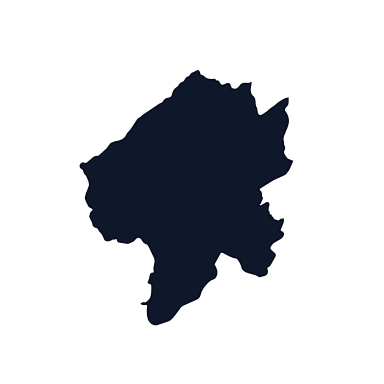 SVG path tracing the border of Hövsgöl, rotated 304°
{"feature_id": "MNG-3321", "entity_name": "Hövsgöl", "entity_type": "Province", "adm_level": 1, "iso_a3": "MNG", "parent_name": "Mongolia", "parent_adm1": "", "projection": "robinson", "projection_center": [99.984, 50.195], "detail": "fine", "context": "isolated", "style": "filled", "palette": "ink", "viewbox_px": 384, "rotation_deg": 304, "n_neighbors": 0, "source": "natural_earth", "source_scale": "10m", "svg_char_len": 5465}
<svg xmlns="http://www.w3.org/2000/svg" viewBox="0 0 384 384"><g transform="rotate(304 192 192)"><path d="M153.9,84.7L155.0,85.4L155.5,87.2L156.3,88.4L157.7,89.1L165.2,91.2L166.7,91.9L167.7,92.8L168.5,93.8L169.4,94.7L170.6,95.2L180.7,97.6L186.1,97.7L187.4,98.2L190.6,100.5L193.4,103.2L196.5,105.4L200.3,106.4L204.3,106.0L209.2,106.7L222.3,106.6L224.9,107.9L227.9,108.6L246.7,116.2L248.8,117.6L250.6,118.0L252.5,118.0L254.2,118.3L255.9,119.6L257.5,121.2L259.0,121.9L260.6,121.9L264.8,120.6L266.7,120.5L268.6,120.8L271.8,121.9L274.1,121.8L275.3,121.9L276.1,122.2L278.5,123.6L279.6,123.9L283.1,123.7L283.9,123.9L285.5,125.0L286.3,125.4L289.7,125.6L290.7,126.0L291.4,126.6L295.5,128.8L295.9,129.8L295.3,130.9L293.4,133.5L293.4,134.0L293.7,134.5L294.0,135.5L294.1,136.5L294.1,137.4L293.8,139.3L294.0,141.3L294.9,143.5L296.1,145.6L297.3,147.1L297.8,147.8L297.8,148.6L297.6,149.4L297.2,150.1L298.3,151.5L297.9,153.0L297.1,154.6L296.7,156.1L297.3,157.8L298.6,158.9L301.4,160.6L302.3,162.2L302.0,163.4L301.0,164.6L300.1,166.0L299.9,167.6L300.4,169.2L301.3,170.7L302.4,171.7L304.4,172.4L308.8,172.9L310.6,174.0L313.9,178.9L315.3,179.8L312.9,181.0L310.2,182.2L308.2,183.6L306.6,185.2L306.2,185.7L305.7,186.9L305.4,187.6L304.9,189.9L304.1,191.6L303.7,192.0L302.2,193.4L301.2,194.1L300.4,194.8L299.3,195.7L298.1,197.1L297.9,197.8L296.0,200.0L294.2,201.5L293.3,202.9L293.0,203.9L292.9,204.8L293.1,205.7L293.4,206.1L293.8,206.7L294.5,207.1L297.0,208.3L300.6,209.7L304.2,210.6L310.0,212.8L313.2,213.6L316.8,215.0L320.4,216.7L321.7,217.7L323.3,219.1L319.7,221.5L318.2,222.1L317.7,222.2L316.7,222.2L314.2,221.9L313.3,221.9L312.5,222.0L311.6,222.4L311.2,222.7L310.8,223.4L309.4,226.7L308.1,228.7L307.6,229.4L305.9,231.1L304.0,232.5L303.1,232.9L301.1,233.7L297.6,234.7L295.7,234.9L293.6,235.5L290.4,236.1L287.7,237.0L286.8,237.6L285.9,238.2L284.3,239.9L282.2,241.2L281.9,242.0L281.4,242.8L280.2,243.9L279.2,244.4L278.5,244.6L276.6,244.9L275.1,246.3L274.5,247.2L273.0,250.7L272.7,251.6L272.6,252.5L272.7,254.0L273.5,257.6L273.6,258.0L264.6,259.6L259.6,259.3L258.1,258.7L247.8,252.4L234.1,246.3L232.8,245.7L231.7,245.9L231.2,246.4L231.0,246.7L230.8,247.0L230.6,247.2L230.6,247.5L230.5,248.6L230.3,249.0L229.8,249.8L229.0,250.6L227.3,251.6L226.6,252.3L226.5,252.7L226.5,253.2L226.3,253.6L221.1,254.7L220.1,254.6L219.3,253.8L218.7,254.3L218.5,255.0L218.4,255.8L218.3,256.1L218.4,256.7L218.8,257.0L219.3,257.3L224.5,259.8L225.4,260.9L225.4,261.1L225.4,261.4L225.1,262.0L224.8,262.3L223.8,263.0L223.5,263.1L223.2,263.2L222.9,263.2L222.4,263.3L221.8,263.6L220.1,264.6L219.4,264.9L218.5,265.3L218.4,265.6L218.4,265.9L218.6,266.1L218.6,266.5L218.3,266.8L217.7,267.4L216.9,268.1L216.2,269.0L216.0,269.5L216.0,269.8L216.7,270.0L216.9,270.2L216.9,270.4L216.7,270.7L215.8,271.3L215.7,271.6L215.7,271.8L215.8,272.1L215.9,272.4L215.8,272.9L215.5,273.5L215.1,274.5L214.9,275.1L214.7,275.8L214.8,276.2L215.3,277.1L215.4,277.7L215.5,278.6L215.7,279.1L216.2,279.9L216.5,280.3L216.7,280.5L217.0,280.6L217.6,280.8L218.4,280.9L218.7,281.1L219.0,281.2L219.4,281.6L220.4,282.8L218.4,284.1L214.5,285.1L210.3,285.8L209.2,286.5L208.7,287.5L209.0,288.7L209.1,289.7L208.5,291.0L207.2,291.6L205.5,291.8L204.2,291.6L203.0,291.2L196.3,287.9L194.6,287.3L190.4,287.1L189.5,287.4L188.5,288.0L188.0,288.8L187.6,290.0L187.0,294.6L186.5,295.8L185.8,296.4L184.9,296.6L175.0,297.4L173.9,297.2L172.9,296.8L172.0,296.4L171.1,296.1L170.6,296.3L170.0,296.8L169.4,297.6L168.6,298.4L167.2,299.3L166.0,299.5L165.0,299.4L163.6,298.7L159.7,295.2L159.4,291.5L156.8,283.4L156.3,281.4L156.2,279.7L156.3,278.5L156.5,277.6L156.8,276.8L160.1,272.5L160.8,271.0L161.6,269.4L162.4,266.8L162.4,266.1L162.0,265.1L160.9,262.2L160.3,258.8L159.5,251.9L159.2,250.6L158.8,249.9L158.0,249.2L144.2,250.4L142.1,254.3L139.7,257.1L137.1,258.5L136.0,258.7L134.3,258.9L133.3,258.7L132.3,258.3L130.4,257.0L128.8,256.2L125.6,255.3L119.5,254.6L115.1,254.9L113.9,255.2L112.4,255.7L109.6,256.4L107.5,256.2L106.5,255.9L93.1,247.6L90.5,246.6L85.9,246.5L77.6,246.0L73.9,245.2L71.7,244.0L62.5,236.9L61.4,235.5L60.8,233.4L60.7,232.5L60.8,231.2L61.2,229.5L61.6,228.5L62.2,227.3L62.8,226.5L65.0,224.3L68.6,221.5L72.5,219.4L73.5,218.5L74.0,217.8L73.7,217.2L72.1,215.2L71.8,214.6L71.5,214.1L71.3,213.5L71.2,213.0L71.2,212.7L71.8,212.9L72.7,213.4L73.1,214.4L74.1,215.8L76.4,216.7L78.9,217.2L80.7,217.2L82.5,216.7L84.6,215.9L88.4,213.7L91.4,211.7L92.8,210.4L93.2,208.6L92.7,207.6L92.4,206.9L92.5,206.5L95.9,205.7L99.9,204.1L100.9,203.9L101.9,204.2L103.3,205.7L104.2,206.1L104.9,205.7L106.2,204.4L107.6,203.3L113.9,200.5L116.4,198.3L123.5,186.1L123.8,185.3L123.9,184.2L123.9,183.3L123.5,181.5L123.7,179.7L125.2,176.4L125.3,174.6L125.0,173.2L124.2,172.2L123.1,171.5L122.0,171.1L119.3,170.7L118.1,170.3L114.8,168.2L113.8,167.5L113.2,166.4L111.1,161.9L109.8,159.1L110.0,157.9L111.9,155.7L111.6,155.1L110.2,154.2L109.6,153.6L109.2,152.9L108.8,152.3L106.7,151.3L105.2,150.0L104.0,148.3L103.9,146.6L106.8,141.9L107.5,140.1L107.9,138.2L108.1,137.4L109.4,134.8L109.6,134.0L109.4,132.8L108.9,130.9L108.9,130.1L109.2,129.1L109.7,128.4L111.0,127.1L111.5,126.4L113.6,122.7L114.4,121.5L114.9,121.0L115.6,120.8L117.6,120.0L118.7,119.9L122.3,120.5L122.8,119.5L122.9,118.2L122.6,115.8L122.7,114.6L123.2,113.6L124.3,111.7L124.8,110.6L127.4,107.1L131.4,105.6L139.9,103.7L141.3,102.8L142.7,101.5L143.9,100.1L146.8,95.5L147.5,92.8L147.9,92.0L149.5,90.2L149.9,89.4L150.0,88.5L150.0,86.6L150.3,85.7L151.7,84.5L153.4,84.5L153.9,84.7Z" fill="#0f172a" stroke="#020617" stroke-width="1.5"/></g></svg>